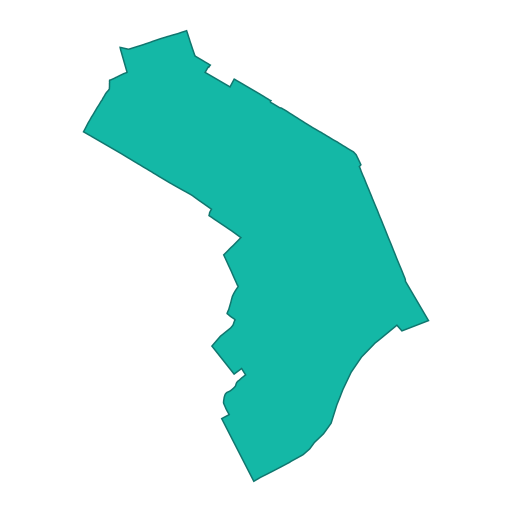 Vedea, Giurgiu, Romania
{"feature_id": "2599482B51909863572758", "entity_name": "Vedea", "entity_type": "district", "adm_level": 2, "iso_a3": "ROU", "parent_name": "Romania", "parent_adm1": "Giurgiu", "projection": "mercator", "projection_center": [25.749, 43.774], "detail": "fine", "context": "isolated", "style": "filled", "palette": "teal", "viewbox_px": 512, "rotation_deg": 0, "n_neighbors": 0, "source": "geoboundaries", "source_scale": "gbopen_adm2", "svg_char_len": 5787}
<svg xmlns="http://www.w3.org/2000/svg" viewBox="0 0 512 512"><path d="M253.8,481.3L260.4,477.4L272.5,471.3L290.0,462.1L290.4,461.7L291.6,461.0L302.7,454.9L303.2,454.6L309.7,448.9L314.4,442.5L323.5,433.8L331.1,423.2L336.9,404.7L340.3,396.3L340.8,394.9L342.9,389.5L351.1,372.3L361.6,356.9L373.0,345.2L373.4,344.8L374.4,343.7L375.1,343.0L379.3,339.7L389.5,331.3L396.9,325.2L401.9,330.9L428.5,320.6L405.4,281.2L405.4,280.7L405.4,280.1L405.2,279.1L405.0,278.6L404.8,278.0L404.1,276.3L401.6,270.1L400.9,268.4L399.6,265.4L399.2,264.4L398.2,262.0L397.4,260.1L396.5,257.9L395.1,254.3L394.5,252.8L393.2,249.7L392.7,248.3L391.1,244.3L388.8,238.8L388.1,237.1L387.2,234.8L384.9,229.0L384.5,228.0L382.8,223.9L382.4,222.8L380.8,218.9L379.8,216.7L379.5,215.7L379.3,215.4L378.3,212.8L377.3,210.2L376.9,209.3L376.0,207.2L373.7,201.7L373.3,200.7L372.9,199.7L372.5,198.9L372.0,197.5L371.3,195.7L370.8,194.5L370.3,193.3L369.5,191.4L369.1,190.3L368.4,188.6L367.8,187.3L367.0,185.3L366.3,183.7L365.6,181.9L365.0,180.4L364.3,178.6L363.5,176.8L362.9,175.5L361.9,173.1L361.5,172.1L361.1,171.2L360.8,170.2L360.1,168.3L359.3,166.6L360.6,165.2L360.9,164.8L360.3,163.5L359.3,161.3L358.6,159.9L358.3,159.2L357.0,156.6L356.6,155.7L356.1,154.7L354.6,153.1L353.8,152.2L353.2,151.7L350.2,150.0L348.0,148.7L344.9,146.7L342.9,145.6L341.6,144.7L339.1,143.2L337.2,141.9L335.8,141.2L332.9,139.6L331.0,138.4L325.5,135.1L324.8,134.6L324.1,134.2L322.9,133.6L322.4,133.2L321.8,132.8L321.3,132.5L320.8,132.2L319.7,131.7L318.3,130.9L317.5,130.4L316.3,129.7L314.8,128.8L314.0,128.4L312.8,127.7L312.1,127.3L310.5,126.2L309.5,125.7L309.0,125.3L308.4,125.0L307.9,124.6L307.5,124.4L306.2,123.6L305.3,123.1L302.6,121.3L301.1,120.4L299.3,119.3L297.4,118.0L295.4,116.8L292.8,115.1L291.7,114.4L290.7,113.8L289.5,113.1L288.1,112.1L287.2,111.5L286.1,110.8L283.7,109.4L282.9,109.0L281.8,108.3L281.2,108.0L280.8,108.0L280.5,107.9L280.1,107.8L279.8,107.7L279.4,107.6L277.8,106.6L272.5,103.4L270.7,102.5L270.6,102.4L270.3,101.8L270.3,101.6L270.4,101.4L270.9,100.6L270.5,100.5L270.0,100.3L269.4,100.0L268.3,99.2L267.1,98.5L265.7,97.7L263.4,96.2L262.2,95.5L260.5,94.5L259.6,93.9L258.0,93.0L256.5,92.1L254.6,91.0L247.4,86.8L244.5,85.1L242.5,83.9L239.9,82.4L238.7,81.7L238.2,81.4L237.6,81.1L237.1,80.8L236.3,80.3L235.3,79.7L234.7,79.3L234.2,79.1L230.0,86.9L205.1,72.4L208.3,66.9L208.8,67.2L209.5,66.1L210.3,65.1L208.9,64.3L208.7,64.1L207.7,63.5L205.4,62.2L204.4,61.6L202.8,60.6L199.9,58.9L196.0,56.6L195.5,56.3L195.1,56.1L195.1,55.8L194.8,55.4L194.4,54.3L192.4,48.5L191.0,44.2L190.5,42.8L189.8,40.7L189.4,39.2L188.6,36.9L188.0,34.9L186.6,30.7L185.8,31.0L181.9,32.2L179.9,32.9L178.3,33.5L176.5,34.0L173.6,34.8L173.3,34.8L172.6,35.1L171.1,35.5L169.6,36.0L167.3,36.6L165.5,37.2L161.8,38.3L160.5,38.7L159.6,39.0L155.8,40.3L154.0,40.9L152.5,41.4L151.3,41.9L150.0,42.4L148.5,42.9L145.4,43.9L143.8,44.5L139.7,45.8L138.0,46.3L131.0,48.5L129.4,49.0L129.0,49.1L128.6,49.2L128.4,49.2L128.1,49.2L127.7,49.1L127.0,48.9L122.9,48.0L120.9,47.5L120.1,47.4L120.5,49.2L120.8,50.5L121.3,52.1L122.4,56.0L123.5,59.8L124.6,63.7L125.7,67.5L126.3,69.6L126.6,70.7L127.1,72.2L127.1,72.3L126.9,72.5L125.3,73.1L124.1,73.5L123.6,73.7L123.2,73.9L122.6,74.2L120.1,75.4L119.3,75.8L118.1,76.4L117.0,77.0L115.5,77.6L115.1,77.9L113.9,78.5L112.3,79.2L111.2,79.7L110.2,80.1L109.8,80.2L109.7,80.2L109.7,80.3L109.6,80.6L109.5,80.9L109.5,81.1L109.6,82.4L109.5,83.3L109.5,84.2L109.5,86.7L109.4,87.8L109.4,88.4L109.4,88.8L109.4,89.0L108.8,89.8L108.5,90.2L107.5,91.4L107.0,91.9L106.6,92.3L106.3,92.8L105.9,93.3L105.3,94.2L105.0,94.8L104.4,95.9L104.2,96.2L103.9,96.8L103.5,97.3L103.2,97.8L102.5,99.1L102.4,99.3L102.3,99.5L102.1,100.1L101.7,100.5L101.2,101.1L100.9,101.6L100.6,102.1L100.3,102.6L100.0,103.2L99.7,103.7L98.2,106.1L97.5,107.1L96.7,108.4L96.3,109.1L96.1,109.5L95.3,110.8L92.9,114.9L92.1,116.1L91.8,116.6L91.7,116.7L91.6,116.8L90.7,118.5L89.6,120.5L89.1,121.3L88.3,122.6L86.4,126.3L84.8,129.4L83.5,131.8L84.9,132.6L88.2,134.5L89.6,135.3L121.7,153.9L127.4,157.4L129.8,158.8L132.9,160.7L135.2,162.1L136.6,162.9L138.0,163.8L139.7,164.7L142.7,166.6L144.2,167.5L145.8,168.4L147.7,169.5L148.1,169.8L149.6,170.7L151.7,171.9L153.6,173.2L155.6,174.3L159.4,176.7L160.5,177.3L169.7,182.8L176.6,186.7L181.6,189.5L189.4,193.8L191.8,195.2L199.1,200.5L211.5,209.2L211.1,209.9L210.7,210.5L210.0,211.9L209.7,212.3L209.5,213.4L209.3,214.4L209.0,215.6L209.3,215.8L211.6,217.3L214.1,219.1L217.3,221.2L221.0,223.7L222.8,224.9L225.5,226.7L229.0,229.1L231.3,230.6L232.8,231.7L240.9,237.6L237.9,240.7L236.5,242.1L233.3,245.4L231.9,246.7L231.3,247.2L230.7,247.8L229.9,248.6L229.0,249.5L228.5,250.1L223.9,254.7L223.7,254.9L224.1,255.6L224.4,256.4L224.7,257.1L225.1,257.8L225.7,259.2L227.0,262.0L228.8,266.0L229.3,267.0L231.3,271.3L232.4,273.9L234.3,278.2L236.4,282.8L237.3,285.0L237.6,285.0L238.2,286.6L238.0,286.8L237.5,287.6L236.5,289.0L235.2,291.0L233.7,293.6L233.0,295.1L232.4,296.3L231.3,300.3L231.1,301.3L230.4,303.8L229.6,306.5L229.0,308.7L228.6,309.8L228.0,311.1L227.5,312.3L227.2,313.0L227.1,313.4L227.1,313.6L227.5,313.9L228.4,314.6L229.7,315.8L230.5,316.4L231.3,317.0L232.5,317.8L233.1,318.2L234.1,318.9L235.0,319.6L235.1,319.9L234.9,320.2L234.6,320.6L234.5,321.0L233.8,322.8L233.4,324.1L233.1,324.9L232.9,325.1L232.4,325.9L230.6,328.0L220.4,336.2L211.9,346.1L234.1,374.1L241.6,368.5L245.6,374.9L241.6,378.0L239.3,380.2L237.7,381.3L237.1,382.1L236.7,382.6L236.5,383.0L236.2,383.8L236.0,384.2L235.9,384.9L235.7,385.3L235.5,385.9L235.3,386.3L234.2,387.5L233.4,388.3L231.3,390.1L229.7,391.2L227.0,392.4L226.5,392.8L225.4,394.0L224.9,395.1L224.4,396.7L224.2,397.3L223.9,399.4L223.6,401.1L223.6,401.7L223.6,402.1L223.5,402.7L223.6,403.1L223.8,403.7L224.2,404.6L225.3,407.1L226.0,408.8L227.1,410.9L229.2,414.6L221.7,418.6L224.9,424.9L253.8,481.3Z" fill="#14b8a6" stroke="#0f766e" stroke-width="1.5"/></svg>